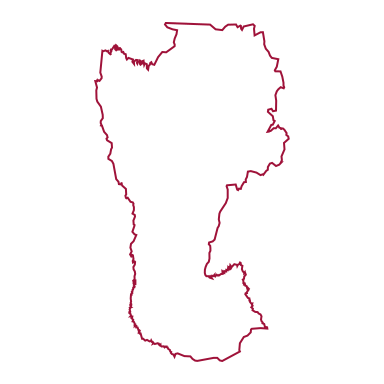 Shabunda, Sud-Kivu, Democratic Republic of the Congo
{"feature_id": "63176286B28648737127916", "entity_name": "Shabunda", "entity_type": "district", "adm_level": 2, "iso_a3": "COD", "parent_name": "Democratic Republic of the Congo", "parent_adm1": "Sud-Kivu", "projection": "equal_earth", "projection_center": [27.534, -3.007], "detail": "fine", "context": "isolated", "style": "outline", "palette": "rose", "viewbox_px": 384, "rotation_deg": 0, "n_neighbors": 0, "source": "geoboundaries", "source_scale": "gbopen_adm2", "svg_char_len": 5988}
<svg xmlns="http://www.w3.org/2000/svg" viewBox="0 0 384 384"><path d="M267.3,328.6L267.1,327.3L264.9,326.8L264.2,324.0L262.5,323.3L262.7,322.5L261.6,321.3L261.0,319.5L261.5,316.3L260.5,314.4L258.6,313.5L257.6,312.1L255.2,311.9L252.5,310.2L252.9,308.7L251.3,307.3L252.6,305.8L252.0,305.0L252.3,303.5L251.5,303.7L250.1,302.1L249.9,300.4L249.4,300.4L249.4,298.4L247.9,297.9L245.3,294.2L245.6,293.3L246.9,293.1L246.7,292.4L248.1,290.4L247.7,290.4L247.9,288.7L248.5,288.5L247.3,287.2L247.0,287.6L246.6,286.1L245.2,285.6L245.1,284.4L244.1,284.5L244.4,283.2L243.4,283.1L243.4,280.8L242.8,279.6L244.0,278.8L244.2,276.6L245.8,274.7L245.1,272.7L244.3,273.3L244.4,272.4L244.0,272.8L242.6,271.0L241.9,269.1L242.4,265.8L241.0,265.1L240.6,262.8L240.0,262.5L239.2,264.2L237.9,264.7L237.3,265.9L237.1,264.9L234.3,264.2L231.6,267.1L230.3,265.3L230.1,266.7L229.5,266.8L229.9,268.0L229.3,268.2L230.5,268.9L229.7,269.5L228.8,269.4L228.1,268.0L227.8,270.2L226.3,269.8L226.2,271.5L224.8,271.2L224.5,272.6L223.4,271.5L223.2,272.7L222.5,271.9L222.6,272.9L223.2,273.4L222.2,274.0L221.2,273.9L219.5,275.1L219.3,274.1L219.1,275.2L217.9,275.6L216.7,274.7L215.2,276.5L214.3,275.8L214.4,274.9L213.3,276.1L212.0,275.7L211.3,277.2L212.0,278.4L210.3,277.8L210.7,276.7L210.1,276.1L209.2,277.1L208.5,276.2L206.4,276.2L205.3,274.9L204.8,272.9L204.9,269.7L205.6,267.0L206.9,263.9L208.8,261.8L209.5,258.5L209.4,252.9L210.4,250.8L210.4,248.3L210.2,245.8L208.8,244.2L209.1,242.5L212.7,241.4L214.6,239.6L217.6,227.9L218.7,226.2L219.6,222.9L218.8,219.4L219.4,213.7L220.2,211.6L225.8,203.1L227.7,198.0L227.7,189.5L226.6,186.2L227.0,185.3L235.7,184.5L237.2,189.6L238.1,190.1L239.0,188.6L240.8,188.9L241.6,186.2L244.0,182.2L245.9,182.0L245.7,179.5L247.0,176.9L247.9,171.6L250.8,171.1L256.5,172.6L260.5,175.1L262.8,174.3L263.3,174.8L266.3,170.8L267.8,169.8L267.9,167.0L269.9,163.6L272.1,162.9L276.0,166.0L279.2,164.7L281.5,162.3L280.9,162.3L281.9,160.2L281.5,156.4L284.5,149.4L284.0,142.9L288.7,138.8L288.2,136.4L286.3,134.9L286.6,133.1L284.4,129.8L283.0,128.5L281.5,128.4L281.1,129.7L281.0,128.2L279.4,127.7L278.1,125.5L275.8,128.3L273.7,128.2L270.6,131.0L269.5,130.7L269.0,131.6L267.6,131.8L271.3,124.9L272.8,124.7L274.7,121.0L273.5,120.3L272.8,116.2L267.9,111.8L268.2,109.7L271.5,108.8L273.0,111.2L276.0,110.6L276.2,100.7L275.4,95.2L276.8,91.3L278.3,89.3L280.7,87.2L283.7,88.3L284.2,87.3L283.5,85.5L283.5,82.8L282.3,76.7L280.5,71.4L275.3,71.3L274.8,70.3L276.8,66.7L278.3,59.2L271.8,57.9L270.0,55.6L268.6,51.9L265.8,48.7L264.2,44.3L264.4,41.3L262.9,32.2L260.5,32.3L254.6,35.4L254.0,28.7L254.7,25.9L253.0,24.3L243.7,26.5L242.0,29.9L241.1,28.7L240.9,25.9L240.4,25.6L237.6,27.2L236.0,24.5L228.1,24.7L225.2,26.7L222.3,30.1L215.6,29.3L210.1,24.6L165.8,23.0L165.0,24.5L167.3,27.3L172.5,29.3L177.1,30.2L176.5,34.2L174.7,38.5L173.8,42.3L174.7,44.6L174.6,46.2L166.2,52.3L162.3,52.0L158.1,57.1L154.3,64.8L152.2,64.2L151.3,62.2L150.3,62.9L149.9,64.6L148.7,65.9L148.1,69.7L146.9,68.4L146.8,64.2L144.9,63.3L144.2,64.9L143.7,61.7L142.6,63.5L142.0,63.4L141.8,62.4L143.1,61.5L143.0,60.9L141.3,61.6L141.0,64.3L140.5,64.7L139.8,63.7L140.4,61.0L139.9,60.5L139.2,61.9L137.8,61.6L137.3,63.6L136.9,62.9L137.6,60.1L136.0,59.9L133.9,61.7L134.0,63.9L132.4,61.8L133.0,59.5L128.5,57.9L126.9,59.5L126.2,58.1L125.7,54.2L124.1,53.8L123.3,52.0L122.3,52.4L121.6,51.9L121.2,49.4L120.1,48.5L119.9,47.4L119.2,49.5L118.5,49.5L117.3,46.4L115.9,45.1L115.5,45.8L116.8,49.9L116.2,50.3L115.2,49.3L114.9,46.9L114.2,46.0L111.9,49.6L111.0,49.5L110.6,50.4L111.3,51.3L110.3,53.2L111.0,54.8L108.7,52.8L108.0,50.9L107.1,51.4L105.5,50.4L103.0,51.3L102.4,50.9L100.3,72.6L101.7,76.6L101.6,78.2L99.5,80.9L98.4,80.3L97.6,81.0L97.2,80.2L96.6,81.2L95.3,81.1L97.0,87.5L96.3,90.4L96.5,98.8L97.3,101.6L100.9,106.7L102.7,114.8L102.8,118.2L100.8,121.0L100.7,123.0L101.4,124.7L101.0,125.5L102.0,125.8L104.1,131.8L107.0,135.1L107.6,137.4L106.5,138.7L107.1,140.3L111.7,143.1L112.0,147.6L111.1,149.3L110.3,153.7L108.3,156.7L108.4,158.9L111.9,161.0L113.4,163.8L116.2,179.1L118.5,181.8L118.9,184.1L120.7,184.4L121.8,182.5L121.6,184.2L122.3,185.7L125.9,188.9L126.2,194.4L125.4,195.7L125.9,197.8L126.4,198.3L127.7,197.7L130.5,201.8L132.8,202.4L133.5,203.7L133.2,205.0L133.9,207.1L133.9,210.1L132.5,213.6L134.8,215.0L135.0,216.6L133.4,220.6L133.7,224.4L134.5,224.9L134.5,225.6L132.4,231.8L134.5,234.3L136.3,235.0L133.6,241.2L131.0,243.8L130.4,247.7L131.7,251.4L130.1,254.4L131.2,256.3L132.1,254.9L132.9,255.3L133.5,259.1L132.7,261.0L133.0,262.5L134.6,261.4L135.1,261.9L134.8,264.6L133.4,267.0L133.6,269.3L134.8,271.4L135.2,273.9L134.5,276.2L134.6,279.4L133.2,280.7L133.6,281.9L134.0,280.7L135.4,280.5L135.4,284.0L133.7,283.8L134.5,286.3L133.9,286.4L134.2,287.4L133.2,287.7L133.1,289.5L132.5,289.9L132.4,291.5L131.9,291.8L132.3,293.0L131.5,293.5L131.6,294.6L131.0,294.6L130.7,298.5L131.1,301.7L130.6,303.0L131.1,303.8L130.2,304.9L130.4,305.7L131.1,305.6L130.6,307.1L131.0,307.3L129.8,307.8L130.1,308.6L129.6,309.6L130.2,311.3L129.3,312.1L130.0,312.8L129.6,313.3L130.6,314.1L131.0,315.9L130.7,316.2L131.4,316.1L131.4,317.4L132.2,317.1L131.9,318.5L133.2,319.8L132.6,321.4L133.8,321.7L134.7,323.6L134.6,324.9L135.1,324.8L134.9,325.8L135.5,325.3L136.4,325.9L136.2,327.4L137.6,327.5L138.5,330.2L139.2,330.2L139.4,331.6L138.9,331.4L138.8,332.3L139.3,332.0L139.1,332.6L139.7,333.6L140.6,333.5L142.1,338.8L143.1,338.7L145.2,340.6L147.0,339.9L149.6,341.4L150.9,341.1L151.2,340.4L152.0,342.0L152.7,341.9L153.4,342.8L153.0,343.7L153.8,343.3L154.8,344.0L157.8,343.2L159.2,344.8L159.4,344.3L160.1,345.1L160.5,344.7L160.6,345.7L161.6,346.5L163.5,346.3L164.3,347.1L164.5,346.5L166.5,346.5L166.4,347.2L167.6,347.4L168.2,348.9L169.9,350.0L170.2,351.4L171.2,352.0L170.9,352.9L172.0,354.1L173.4,354.5L174.5,356.7L175.5,353.9L177.7,353.4L184.4,356.1L190.4,356.4L192.5,358.9L195.1,360.6L197.3,360.9L213.5,357.9L217.3,357.9L219.8,360.4L222.2,361.0L239.9,351.5L239.3,350.1L239.9,343.2L243.8,337.0L247.5,335.6L250.7,332.4L251.0,329.5L251.8,328.8L260.5,328.1L267.3,328.6Z" fill="none" stroke="#9f1239" stroke-width="2"/></svg>